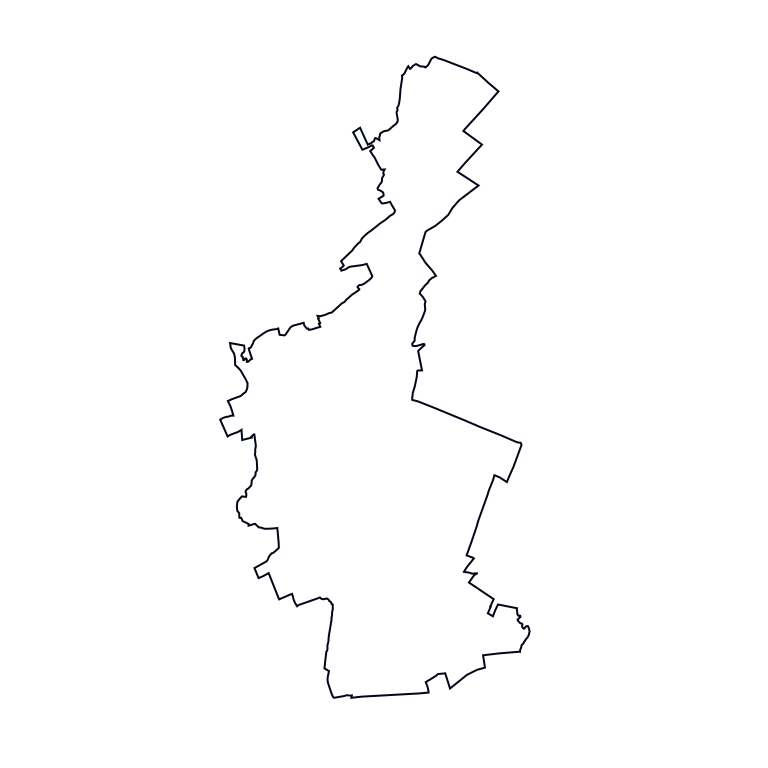 outline of Baltati, Iasi, Romania, rotated 79°
{"feature_id": "2599482B27793001120965", "entity_name": "Baltati", "entity_type": "district", "adm_level": 2, "iso_a3": "ROU", "parent_name": "Romania", "parent_adm1": "Iasi", "projection": "equal_earth", "projection_center": [27.116, 47.24], "detail": "fine", "context": "isolated", "style": "outline", "palette": "ink", "viewbox_px": 768, "rotation_deg": 79, "n_neighbors": 0, "source": "geoboundaries", "source_scale": "gbopen_adm2", "svg_char_len": 6127}
<svg xmlns="http://www.w3.org/2000/svg" viewBox="0 0 768 768"><g transform="rotate(79 384 384)"><path d="M651.8,496.7L655.3,492.8L661.1,495.2L663.7,495.9L666.8,496.0L677.6,494.6L680.3,494.1L681.9,493.5L682.5,492.9L682.7,482.7L682.4,480.1L683.5,476.2L683.6,475.0L685.8,475.9L686.7,465.1L694.5,408.1L695.4,399.1L693.4,398.9L689.1,399.1L684.6,399.9L680.2,388.1L679.0,386.5L679.7,379.1L695.5,377.3L685.3,358.0L682.3,347.1L681.7,339.0L669.2,338.5L670.4,322.4L672.6,302.4L672.9,301.6L671.0,301.1L668.8,299.6L667.3,299.1L666.3,298.3L665.2,296.6L663.5,295.4L662.9,294.4L662.3,294.1L659.9,291.3L657.9,289.7L654.4,288.2L650.8,288.5L649.2,288.9L648.9,290.0L649.1,290.9L649.8,291.9L650.6,292.5L650.9,293.0L650.8,293.4L650.1,294.1L648.6,294.8L646.5,294.0L645.7,294.2L644.7,296.0L641.5,297.9L640.7,297.7L639.0,295.0L638.6,294.5L638.1,294.4L637.5,294.5L637.2,295.0L637.2,296.1L636.6,296.7L635.7,296.9L630.4,296.6L629.5,296.2L622.2,314.2L627.2,317.9L632.8,321.4L628.9,325.8L623.1,321.8L622.8,322.2L616.1,317.4L595.1,338.5L588.7,331.8L587.6,328.1L587.0,333.6L585.1,337.1L583.9,340.9L583.6,341.4L579.6,337.6L572.3,329.0L571.4,330.0L568.0,335.6L554.7,327.7L541.9,320.4L536.5,317.7L512.9,303.7L508.7,301.5L499.3,295.4L494.6,293.0L497.7,288.3L503.7,282.1L496.5,277.3L489.9,272.6L470.0,260.6L467.7,261.1L467.0,263.7L465.8,265.7L457.0,278.5L444.0,298.7L435.0,311.9L415.7,341.2L407.5,354.1L405.0,359.3L404.3,359.3L398.2,357.4L392.6,354.4L383.6,350.6L377.6,348.9L377.2,348.3L377.9,344.1L358.3,344.2L357.7,343.7L353.4,336.7L352.6,336.8L352.1,338.4L352.6,339.9L352.5,340.8L352.9,344.5L352.7,346.5L352.2,348.2L351.7,348.6L350.6,348.7L349.7,348.5L347.5,345.8L346.9,345.5L345.2,345.3L343.7,344.7L337.7,341.9L335.0,340.4L331.2,337.7L328.8,335.5L325.9,333.4L319.9,329.7L318.7,329.3L313.7,328.8L312.2,328.3L311.3,327.6L310.6,327.5L306.1,329.2L303.5,330.7L302.2,331.7L299.8,330.5L298.4,328.7L295.5,325.5L292.6,321.2L291.0,320.1L288.8,316.2L288.7,314.8L288.2,313.8L287.8,312.4L282.4,314.7L273.0,320.1L264.0,323.7L262.7,324.5L258.9,322.6L242.8,314.3L241.6,312.4L238.6,303.5L234.7,296.0L230.2,288.6L224.4,283.4L218.0,275.2L207.2,253.3L189.7,271.4L182.3,262.0L167.7,242.1L150.8,257.8L149.0,255.7L132.9,234.0L118.6,215.8L108.8,223.7L96.1,233.1L96.5,233.6L96.4,233.9L90.4,242.8L77.6,263.2L74.4,269.1L72.5,271.4L72.6,272.5L73.8,275.4L79.1,279.6L80.0,280.7L81.2,283.0L80.1,284.1L79.1,287.8L76.1,291.4L76.2,292.2L77.3,294.9L79.3,297.4L79.6,298.0L79.6,298.4L76.7,299.5L77.3,300.3L83.5,305.1L84.7,307.5L87.0,307.7L97.5,311.5L106.4,313.9L110.4,315.3L113.4,316.6L115.6,318.5L117.1,318.3L118.2,318.6L119.0,319.5L120.0,319.9L125.8,320.0L127.9,320.2L129.1,320.7L129.9,321.6L130.8,322.2L132.7,326.1L135.7,331.1L135.9,332.2L135.8,335.7L137.2,339.6L137.9,340.3L139.4,340.6L141.0,341.7L143.8,341.9L140.9,345.3L141.0,345.7L141.7,346.4L143.9,347.7L144.3,349.6L145.2,350.5L145.4,351.8L145.3,352.2L145.8,353.2L145.5,354.1L145.7,354.3L127.9,358.6L131.1,366.3L149.9,360.5L148.7,354.4L147.6,350.7L147.6,349.7L150.2,348.8L152.7,353.1L158.4,350.8L159.3,350.2L167.5,347.9L173.1,345.9L173.5,342.5L175.4,344.0L177.2,344.5L178.7,344.1L181.0,346.2L182.4,346.9L184.1,347.2L185.6,348.0L187.6,350.3L190.5,352.9L190.9,353.0L192.3,352.7L193.2,351.0L195.3,348.7L196.2,348.3L197.8,348.2L199.1,348.6L201.1,354.0L206.1,351.9L206.4,351.1L206.6,349.8L206.6,346.6L206.3,343.2L209.6,342.3L215.8,340.0L217.7,341.1L218.9,342.6L220.0,345.8L223.3,351.6L225.5,356.9L231.2,367.8L232.7,371.2L235.4,375.8L236.4,376.9L236.8,377.8L239.9,380.2L241.3,382.9L244.7,387.5L246.8,389.6L255.2,402.7L260.0,400.9L261.0,402.1L262.3,405.0L264.6,404.2L264.1,399.9L262.6,396.2L262.4,394.8L263.1,382.8L262.8,378.0L276.0,374.9L277.4,376.1L279.2,378.9L281.5,383.8L282.3,386.2L282.4,388.3L282.2,389.0L282.4,389.9L283.7,391.5L284.4,391.3L286.2,390.1L286.8,390.4L289.1,395.5L290.1,398.2L293.1,403.1L293.7,404.4L295.8,407.0L296.4,408.3L296.6,409.4L297.1,410.5L303.8,421.5L304.0,423.2L303.9,424.2L304.9,428.5L305.3,433.5L304.5,436.2L307.1,435.5L307.3,436.2L312.0,435.0L312.4,436.4L315.7,435.6L316.6,444.2L316.6,447.3L315.2,447.7L315.2,448.5L315.0,449.0L311.6,451.0L308.6,451.2L309.4,461.9L309.9,463.6L310.3,464.6L311.5,466.0L317.0,471.5L317.3,472.4L315.8,477.1L309.3,477.2L309.6,479.8L309.3,483.1L309.6,487.4L310.2,489.8L311.1,492.1L315.0,500.9L316.7,503.4L319.5,505.1L322.9,508.0L323.2,510.0L325.5,509.9L334.1,508.7L334.3,510.1L335.3,511.5L336.3,513.5L336.1,514.4L333.7,514.0L332.5,514.7L332.6,515.6L333.8,516.8L333.7,517.5L330.7,517.5L329.2,518.6L328.5,518.5L326.7,517.1L326.2,515.8L325.0,514.8L323.0,514.2L319.6,514.0L314.4,527.3L319.7,527.5L325.2,525.5L326.4,525.3L329.7,525.3L336.9,526.5L340.9,523.6L343.5,522.1L353.2,518.8L357.1,517.8L361.1,518.7L363.4,519.8L365.6,521.5L366.4,523.5L368.4,526.9L369.9,536.2L370.9,540.5L376.5,539.0L381.6,538.3L386.3,537.9L385.9,539.8L386.4,543.7L386.1,545.0L386.7,548.8L387.8,551.6L405.7,547.5L404.6,544.8L403.2,536.4L401.8,532.6L411.9,533.9L411.4,524.6L411.0,524.9L410.6,524.7L410.6,523.7L409.6,523.2L408.6,521.3L408.7,520.9L420.4,521.6L423.9,523.0L426.1,523.3L428.5,524.2L434.6,523.5L442.7,524.6L444.5,525.1L446.4,527.0L448.2,527.3L449.6,528.0L452.1,531.0L453.6,532.3L457.0,533.2L458.4,533.9L460.7,537.1L461.3,538.9L462.6,540.1L463.8,540.5L465.3,540.1L467.5,540.5L468.5,541.1L467.2,544.9L469.6,548.1L471.8,550.5L476.7,551.9L480.5,552.2L483.2,550.8L487.7,551.5L488.1,550.6L488.1,549.7L491.6,548.9L495.5,543.6L497.2,544.0L497.1,541.9L496.6,538.4L496.7,537.2L500.9,534.2L501.4,532.3L503.1,529.3L503.6,527.6L504.6,521.1L505.0,516.2L519.7,517.7L524.8,518.5L528.4,524.5L528.8,525.6L528.8,526.7L531.1,529.5L532.5,530.6L534.0,531.4L534.8,532.1L535.8,533.5L540.0,546.3L550.6,544.1L549.7,539.8L547.6,533.3L575.4,528.1L572.4,514.4L574.5,514.0L578.0,513.9L581.9,513.1L585.6,511.7L584.7,510.1L581.6,488.9L581.3,487.9L581.4,487.5L582.8,486.6L583.6,485.1L583.8,484.0L583.6,483.6L583.8,482.4L583.5,481.6L583.7,481.0L584.9,479.7L585.7,479.3L586.3,479.3L587.9,477.8L590.0,477.4L590.6,476.4L595.9,477.4L597.8,478.4L602.0,479.4L603.1,480.1L605.4,480.5L621.3,486.4L626.1,487.7L630.3,489.6L632.3,489.8L634.3,490.4L636.4,492.0L637.6,492.2L642.0,493.7L651.8,496.7Z" fill="none" stroke="#020617" stroke-width="2"/></g></svg>